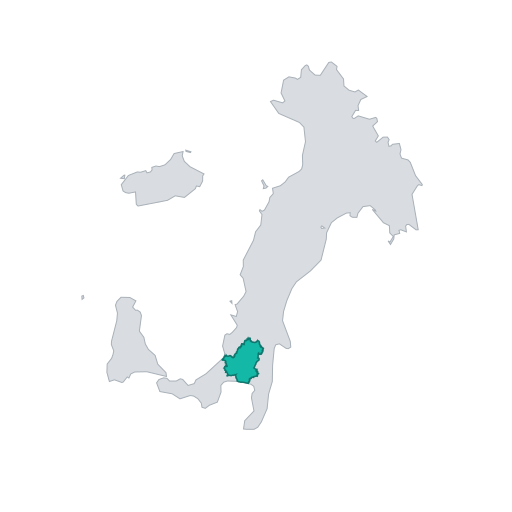 Basilicata, Matera, Italy (highlighted), rotated 70°
{"feature_id": "23120603B59117294159851", "entity_name": "Basilicata", "entity_type": "district", "adm_level": 2, "iso_a3": "ITA", "parent_name": "Italy", "parent_adm1": "Matera", "projection": "natural_earth1", "projection_center": [16.009, 40.517], "detail": "fine", "context": "in_parent", "style": "filled", "palette": "teal", "viewbox_px": 512, "rotation_deg": 70, "n_neighbors": 0, "source": "geoboundaries", "source_scale": "gbopen_adm2", "svg_char_len": 9196}
<svg xmlns="http://www.w3.org/2000/svg" viewBox="0 0 512 512"><g transform="rotate(70 256 256)"><path d="M105.5,115.0L108.4,116.6L119.6,113.2L126.3,115.2L132.0,111.9L135.7,106.9L135.0,103.1L144.1,97.1L144.8,104.0L149.6,108.7L154.4,109.8L153.2,112.6L157.8,118.3L159.7,117.8L160.4,116.7L159.3,112.0L166.3,102.6L166.7,96.1L168.0,95.4L171.3,95.9L173.8,101.9L185.0,100.0L188.7,104.6L190.5,103.7L187.8,95.9L189.2,91.8L192.2,91.1L194.2,93.0L198.4,93.6L198.7,91.2L197.7,89.6L199.3,82.8L205.7,83.4L209.4,85.8L213.8,85.8L217.7,80.3L220.7,79.0L235.1,78.6L245.7,75.3L246.6,76.0L244.6,78.6L245.2,80.3L251.4,88.3L286.8,94.6L286.2,96.6L278.6,101.5L278.0,103.5L279.1,105.2L284.8,106.4L280.8,111.1L280.8,112.9L283.9,113.2L283.4,118.9L287.1,120.7L291.2,125.7L287.0,126.7L288.7,125.3L284.6,120.3L280.1,122.4L273.1,120.3L268.3,124.9L252.0,130.8L254.8,128.1L253.6,128.1L247.7,131.5L246.2,138.6L250.7,145.6L254.2,148.0L252.5,152.3L250.3,153.9L247.5,152.7L246.6,156.5L248.0,166.6L250.4,173.7L258.3,181.7L264.2,184.2L282.1,196.3L288.6,209.9L294.1,226.9L298.8,233.3L308.6,242.4L317.6,249.1L325.9,253.2L347.9,253.0L353.5,254.5L354.1,257.4L353.1,259.3L346.5,264.1L346.2,267.9L349.3,270.6L364.2,277.7L379.5,283.6L389.9,291.3L403.3,297.8L413.7,307.7L417.5,312.9L418.2,317.0L415.7,324.0L414.3,326.9L406.9,322.9L400.9,310.9L387.8,308.8L383.9,306.7L381.8,303.1L377.6,302.7L374.7,304.7L367.6,315.9L363.7,325.6L363.5,329.5L365.6,333.3L371.9,335.4L380.1,342.3L380.3,350.9L381.8,355.7L379.7,358.5L375.6,357.7L370.1,359.5L366.2,362.6L364.6,365.6L364.2,376.3L356.8,381.9L350.5,392.7L341.2,392.8L338.9,389.5L338.9,384.5L340.5,381.5L343.9,380.0L346.2,373.7L345.5,369.2L346.9,367.1L354.4,364.1L354.8,357.7L351.9,354.8L349.6,343.3L340.3,321.0L337.3,318.8L329.2,318.2L319.7,312.3L319.1,309.9L320.7,307.5L319.6,304.3L316.6,298.7L314.6,297.3L302.7,299.8L306.1,295.2L301.9,292.3L294.6,292.3L294.7,290.3L289.5,281.2L286.0,277.5L272.6,275.7L268.2,277.3L261.6,271.5L255.5,269.4L240.4,253.0L233.1,248.1L228.5,240.9L219.1,236.2L214.8,237.4L213.8,236.4L216.1,235.0L215.7,232.3L209.5,225.2L205.8,223.0L203.3,218.4L198.0,217.3L198.3,209.1L196.4,203.3L193.1,198.4L191.3,186.6L189.8,183.3L186.0,180.8L177.4,178.0L165.5,170.4L151.3,166.9L145.4,169.5L129.9,185.8L115.8,189.6L115.6,186.2L121.2,178.6L120.2,175.8L111.4,176.7L100.2,169.9L98.9,163.8L102.3,158.1L104.2,156.7L103.4,152.9L96.5,149.6L93.9,144.6L93.8,142.9L95.6,141.9L99.6,142.2L106.2,138.6L108.2,133.8L99.0,121.4L99.5,118.8L105.5,115.0ZM252.6,184.9L253.2,181.8L250.2,183.8L251.0,185.2L252.6,184.9ZM338.6,381.3L327.4,398.2L323.5,409.6L324.0,414.0L327.2,417.2L325.6,418.4L329.0,423.8L329.0,425.3L323.9,431.4L323.8,436.7L314.3,435.9L306.6,432.8L302.8,426.7L299.7,424.1L296.5,422.1L289.8,422.2L286.8,421.0L269.1,408.9L262.2,405.7L254.2,404.9L251.1,402.2L248.6,397.0L251.8,388.8L257.1,384.2L261.8,389.4L265.9,387.7L266.2,386.1L269.1,384.0L272.8,384.0L286.7,391.3L294.1,389.2L300.7,390.1L306.9,389.1L314.9,384.8L324.1,385.3L334.8,380.5L338.6,381.3ZM172.0,289.9L176.5,303.2L171.8,311.3L173.4,320.1L168.7,349.8L166.5,350.8L154.6,347.3L153.5,354.1L151.8,356.9L149.4,358.7L142.9,358.2L136.7,348.4L136.4,338.8L137.8,335.9L138.1,330.4L140.6,330.0L140.9,326.3L139.5,324.2L137.1,323.6L137.2,319.3L139.0,316.1L139.2,310.4L136.1,303.2L131.7,297.9L132.9,288.8L136.7,291.1L142.5,291.0L149.5,287.5L161.1,276.8L162.5,278.7L167.3,280.5L171.6,285.2L169.8,288.1L172.0,289.9ZM194.6,221.1L195.6,223.2L195.2,226.1L192.9,224.5L187.3,225.1L186.7,223.6L193.6,222.3L194.6,221.1ZM138.3,353.3L136.6,356.7L134.9,352.2L135.2,351.6L138.3,353.3ZM136.4,282.2L133.8,286.0L132.5,285.8L135.8,281.5L136.4,282.2ZM237.3,434.3L234.1,433.4L234.0,431.8L236.5,432.0L237.3,434.3ZM292.3,294.8L289.6,295.9L289.7,294.1L292.3,294.8Z" fill="#d9dde1" stroke="#a8b0b8" stroke-width="1"/><path d="M339.0,319.2L339.1,319.3L339.3,319.2L339.6,319.3L339.7,319.5L339.8,319.6L339.8,320.2L340.0,320.4L340.1,320.6L340.5,320.7L340.5,320.9L340.6,321.0L340.8,321.1L341.1,321.5L341.1,321.8L341.3,321.8L341.6,322.3L341.6,322.6L341.7,323.0L341.9,323.0L342.1,323.3L342.4,323.1L342.6,322.0L343.2,321.7L343.3,321.3L343.5,321.2L343.6,320.9L343.9,320.8L343.9,320.6L344.2,320.5L344.4,320.6L344.7,320.4L344.9,320.6L344.9,320.8L345.1,320.9L345.3,321.1L345.5,320.8L345.8,320.9L346.1,321.3L346.4,321.1L346.7,320.9L346.8,320.7L348.0,321.0L348.3,321.1L348.3,321.3L348.4,321.2L349.1,321.0L349.1,320.8L349.8,320.9L349.8,321.3L349.7,321.5L349.1,322.2L349.2,322.6L349.5,323.0L349.4,323.3L350.0,323.6L350.3,324.3L350.4,324.2L351.2,324.3L351.4,324.0L351.8,323.9L352.3,324.0L352.6,323.9L352.8,324.1L353.0,323.7L353.3,323.5L354.9,324.3L355.0,323.5L354.9,323.2L355.1,323.2L355.4,323.3L356.4,322.9L356.8,323.1L357.5,323.0L358.2,323.7L358.4,323.8L358.4,324.0L358.7,324.2L358.8,324.1L358.9,323.5L358.6,323.3L358.3,322.9L358.5,322.8L358.6,322.4L358.9,322.3L359.0,322.1L359.0,321.8L359.3,321.4L359.3,321.2L359.8,320.6L359.9,320.3L360.0,320.1L359.9,319.2L359.9,318.9L360.1,318.6L360.2,318.1L360.5,317.7L360.4,317.5L360.5,316.9L360.3,316.4L360.6,316.2L360.6,315.6L361.0,316.2L361.5,316.0L362.0,316.0L362.7,316.3L362.9,316.1L363.3,316.2L363.7,316.5L364.4,316.2L364.6,316.1L364.9,316.2L365.3,316.0L365.9,316.2L366.2,316.0L366.9,316.5L368.2,315.4L368.6,314.6L369.5,313.3L369.8,312.1L370.8,310.2L372.5,307.7L373.0,306.8L372.8,306.7L372.6,306.6L372.5,306.3L372.3,306.2L372.2,306.3L371.8,306.0L371.9,305.8L371.7,305.8L371.6,305.7L371.4,305.5L371.4,305.2L371.5,305.1L371.3,304.7L370.7,304.4L370.7,304.6L369.9,304.5L370.0,304.3L369.9,304.2L369.8,304.4L369.6,304.4L369.4,304.3L369.3,304.2L369.0,303.9L369.4,303.1L369.4,302.8L369.1,302.7L368.8,302.4L369.1,302.0L368.6,301.5L368.5,301.3L368.9,300.3L368.7,300.0L368.9,299.9L369.2,299.7L368.7,299.2L368.7,298.6L369.1,296.6L368.7,296.6L368.3,296.1L368.5,295.8L368.6,296.0L369.1,295.7L367.6,294.9L367.4,294.5L367.3,294.9L367.1,295.0L367.0,294.9L367.1,294.7L366.9,294.7L366.8,294.8L366.9,294.6L366.6,294.7L366.7,294.4L366.4,294.5L366.4,294.3L365.4,294.4L365.2,294.0L364.9,294.0L364.7,294.1L364.7,294.3L365.0,294.8L364.8,294.9L364.8,294.7L364.7,294.7L364.7,294.9L364.4,294.3L364.3,294.2L364.0,294.3L363.8,294.4L363.7,294.7L363.9,294.8L363.8,295.1L364.0,295.2L364.0,295.3L363.9,295.3L363.5,295.0L363.3,295.0L363.3,294.8L363.4,294.6L363.2,294.5L363.0,294.4L362.8,294.0L362.3,294.9L361.3,295.8L361.0,295.9L360.8,296.2L360.2,296.1L360.0,295.9L359.6,295.1L358.6,294.5L357.7,293.3L356.6,292.7L356.4,292.2L356.0,291.9L355.9,291.6L355.6,291.4L355.6,291.1L355.3,290.8L355.2,290.1L355.2,289.9L355.0,289.6L354.9,289.0L354.5,288.6L353.4,288.2L353.3,288.4L353.0,288.4L352.7,288.6L352.6,289.0L352.3,289.3L351.5,288.5L350.5,288.2L350.1,287.9L348.3,287.2L348.1,286.7L348.5,286.8L349.1,286.7L349.3,286.5L349.7,286.1L349.8,285.8L349.6,285.2L349.7,284.9L350.0,284.8L350.0,284.5L349.7,284.2L349.6,283.9L349.4,283.9L349.1,283.7L348.9,283.9L348.8,283.6L348.3,282.9L348.5,282.8L348.4,282.6L347.6,282.5L347.8,282.3L347.6,281.9L347.2,281.8L347.0,282.0L346.9,281.8L346.7,281.9L346.2,281.3L345.9,281.5L345.5,280.9L345.4,281.0L345.3,280.9L345.1,281.2L344.7,281.1L344.6,281.4L344.4,281.4L344.4,281.2L344.2,281.3L344.2,281.6L343.5,281.9L343.3,281.9L343.5,282.2L343.3,282.6L343.1,282.7L342.9,282.6L342.5,282.9L342.2,282.7L342.0,282.4L341.8,282.3L341.4,282.3L341.3,282.6L340.3,282.8L340.2,282.7L339.9,282.6L339.7,282.8L339.6,282.7L339.1,282.6L338.8,282.6L338.7,282.4L338.3,282.3L338.0,282.4L337.8,282.3L337.7,282.4L337.2,282.4L336.7,282.7L336.5,283.1L336.1,283.3L336.3,283.4L336.2,283.6L336.2,283.8L336.4,283.9L336.4,284.4L336.8,284.7L336.6,284.9L336.7,285.2L336.9,285.3L336.9,285.6L337.0,285.9L336.9,286.1L336.9,286.8L336.2,287.6L336.2,287.8L336.1,288.1L335.8,289.0L335.5,289.1L335.2,289.1L334.1,289.6L334.1,289.9L334.3,290.1L333.9,290.4L333.7,290.4L333.5,290.1L333.1,290.1L332.3,289.9L332.3,290.0L332.1,290.0L331.9,290.1L331.6,289.9L331.6,289.7L331.0,289.8L331.0,290.3L331.3,290.2L331.7,290.4L331.5,290.6L331.6,290.8L331.6,291.5L331.2,291.4L330.4,291.5L330.6,291.7L331.1,291.9L331.0,292.0L331.3,292.3L331.7,292.4L331.7,292.5L331.3,292.8L331.6,292.9L331.8,292.8L331.7,293.4L331.9,293.8L332.0,293.9L331.8,294.0L331.6,294.4L331.8,295.0L331.7,295.4L332.0,295.6L332.3,295.6L332.5,295.8L333.0,296.5L333.6,296.6L333.8,296.9L334.2,297.2L334.6,297.2L334.8,297.5L335.1,297.5L335.0,297.8L334.7,298.1L334.1,298.4L334.0,298.7L333.8,298.9L333.6,299.4L334.0,299.6L334.3,300.0L334.6,299.9L334.7,300.2L335.3,300.2L335.4,300.4L335.4,300.6L335.6,300.7L335.9,300.6L336.1,300.8L335.7,301.2L335.9,301.3L335.9,301.5L336.0,301.5L336.1,301.8L336.0,302.0L336.3,302.1L336.1,302.2L336.1,302.4L336.4,302.9L336.0,303.2L336.1,303.5L337.2,304.3L337.1,304.6L337.5,305.1L337.4,305.2L339.1,306.2L339.5,307.0L339.7,306.8L340.6,307.3L340.8,307.5L340.8,307.8L340.6,308.0L340.7,308.7L341.1,309.3L341.4,309.4L341.3,309.6L341.8,310.2L342.4,310.2L342.4,310.5L342.7,310.4L343.1,310.5L343.5,311.1L343.3,311.3L343.3,311.7L343.5,311.9L343.1,312.1L343.0,312.4L343.1,312.7L343.3,312.8L343.2,312.9L343.1,313.1L342.6,313.1L342.0,313.5L341.6,313.6L341.4,313.7L341.5,313.8L341.3,314.0L340.9,314.4L341.0,314.5L340.6,315.1L340.8,315.8L340.6,316.4L340.7,316.6L339.9,317.7L339.2,317.9L339.8,318.2L339.9,318.4L339.9,318.7L339.0,319.2ZM366.6,294.2L366.5,294.3L366.9,294.4L366.6,294.2Z" fill="#14b8a6" stroke="#0f766e" stroke-width="1.5"/></g></svg>